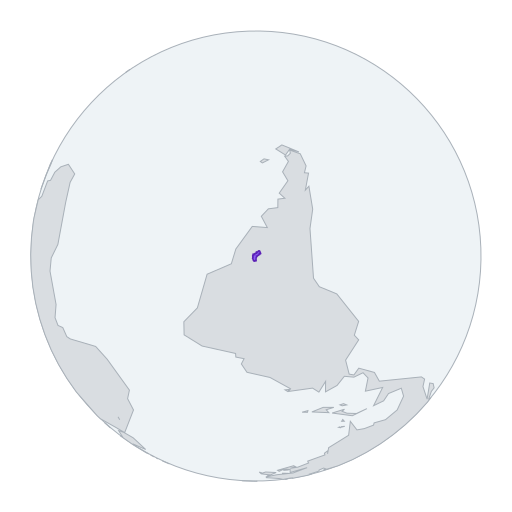 the Earth from above Misiones, rotated 178°
{"feature_id": "ARG-1312", "entity_name": "Misiones", "entity_type": "Province", "adm_level": 1, "iso_a3": "ARG", "parent_name": "Argentina", "parent_adm1": "", "projection": "orthographic", "projection_center": [-54.653, -26.821], "detail": "fine", "context": "on_globe", "style": "filled", "palette": "violet", "viewbox_px": 512, "rotation_deg": 178, "n_neighbors": 0, "source": "natural_earth", "source_scale": "10m", "svg_char_len": 5568}
<svg xmlns="http://www.w3.org/2000/svg" viewBox="0 0 512 512"><g transform="rotate(178 256 256)"><circle cx="256" cy="256" r="225" fill="#eef3f6" stroke="#a8b0b8"/><path d="M181.2,43.5L196.3,39.5L193.9,40.9L195.8,41.7L200.4,39.9L200.6,38.8L209.7,36.3L208.8,35.9L212.4,35.0L213.4,34.8L223.7,33.1L227.9,32.5L226.6,33.0L229.3,32.9L236.8,31.8L240.5,32.8L253.4,34.1L253.5,34.9L242.5,36.7L226.7,37.8L212.3,42.7L229.4,38.5L229.4,41.5L232.7,41.9L237.2,41.4L240.3,40.0L241.9,41.1L225.7,45.1L223.9,44.1L229.1,42.6L221.6,43.5L210.7,47.3L211.5,49.2L194.1,54.8L194.5,56.5L190.9,59.0L191.4,55.8L190.1,61.9L169.7,73.6L167.5,87.5L161.2,78.7L153.8,79.7L144.4,82.9L143.8,85.1L132.3,87.9L120.3,97.2L113.4,110.8L115.4,118.8L128.4,113.9L133.5,106.8L143.7,102.3L134.0,120.2L151.4,117.1L148.3,130.2L153.1,135.6L162.4,131.5L171.9,132.7L179.5,123.8L191.3,117.8L190.8,128.3L197.9,117.8L204.1,122.0L228.1,119.5L226.1,122.1L246.2,134.1L269.1,140.1L274.4,148.6L271.5,153.8L279.7,155.7L279.8,159.3L313.0,167.9L330.6,179.7L330.4,192.8L316.4,206.2L305.5,239.5L280.9,249.1L275.9,263.7L258.7,285.7L243.7,284.0L249.3,295.5L242.0,302.7L232.5,303.6L232.1,312.1L225.1,312.7L230.6,318.0L221.5,330.1L226.5,339.2L220.3,349.4L223.9,354.8L220.8,354.9L218.1,357.5L218.6,360.7L208.2,356.6L202.8,344.3L204.7,337.5L200.6,337.0L204.4,320.1L200.7,323.9L197.7,300.8L201.1,281.6L199.3,231.8L193.8,223.1L176.6,215.3L155.7,187.1L160.5,173.4L156.3,168.6L170.1,148.8L167.0,134.7L162.3,133.7L157.2,140.3L141.7,135.5L137.1,126.6L94.9,129.4L91.8,127.1L93.7,119.7L90.0,107.0L86.8,123.0L83.4,122.3L82.6,118.0L85.5,114.6L88.3,107.2L86.7,107.7L89.9,103.8L101.0,92.5L112.8,82.1L125.4,72.5L138.5,63.8L152.3,56.0L166.5,49.2L181.2,43.5ZM165.3,93.0L185.4,96.4L172.9,99.8L175.4,97.8L170.6,95.7L161.1,95.1L150.5,99.6L165.3,93.0ZM176.7,82.5L173.2,82.7L176.8,81.9L176.7,82.5ZM226.3,366.1L209.4,358.5L218.6,361.6L223.0,355.9L232.5,362.3L226.3,366.1ZM240.1,351.7L246.4,348.8L248.4,350.3L244.6,352.8L240.1,351.7ZM398.1,81.2L395.2,79.1L399.4,86.3L394.2,84.3L385.1,78.6L373.0,66.5L385.8,72.6L381.7,69.3L370.0,61.9L374.9,64.7L371.8,62.7L372.4,63.1L385.5,71.7L398.1,81.2ZM477.4,297.8L476.4,302.5L471.7,319.8L468.0,323.1L461.6,338.3L458.7,338.8L454.1,346.8L448.0,351.9L440.3,354.2L434.3,344.3L439.2,336.1L444.3,316.4L453.6,274.5L460.7,261.2L462.4,248.1L457.5,214.5L459.0,201.4L456.3,193.5L451.6,191.2L447.9,182.0L444.5,179.6L419.4,171.2L408.4,158.1L387.2,126.4L389.3,117.9L383.8,106.4L393.4,84.1L402.1,89.6L417.2,98.8L420.3,101.9L425.7,108.5L440.4,126.5L449.3,140.3L457.2,154.6L464.0,169.4L469.7,184.8L474.3,200.5L477.8,216.4L480.1,232.6L481.2,249.0L481.1,265.3L479.8,281.6L477.4,297.8ZM397.9,97.1L399.5,100.1L397.9,97.1ZM228.9,119.4L231.7,121.2L227.8,121.5L228.9,119.4ZM170.6,104.0L175.1,103.3L177.3,104.3L173.7,105.4L170.6,104.0ZM210.0,98.0L215.4,98.3L209.5,99.7L210.0,98.0ZM188.7,96.9L205.6,98.2L194.1,102.4L183.5,102.0L191.2,99.9L188.7,96.9ZM173.5,87.8L176.2,87.8L175.0,89.6L173.5,87.8ZM179.4,81.9L178.3,82.3L177.2,81.3L179.4,81.9ZM230.4,41.3L231.7,41.0L236.1,40.8L233.6,41.5L230.4,41.3ZM258.3,38.1L260.3,40.0L257.1,38.8L254.0,39.8L243.4,38.9L253.0,35.3L250.6,36.9L258.3,38.1ZM232.0,37.6L237.6,38.0L231.1,37.7L232.0,37.6ZM356.8,54.5L353.9,53.3L349.8,51.2L350.0,51.3L356.8,54.5ZM368.3,60.7L364.7,58.8L365.4,59.1L368.3,60.7ZM362.7,57.6L361.3,56.8L361.2,56.8L362.7,57.6ZM233.6,31.8L234.8,31.7L232.3,32.0L233.6,31.8ZM277.2,31.7L278.0,32.0L268.2,31.2L262.5,30.8L277.2,31.7ZM408.6,90.3L413.4,94.9L411.7,93.3L407.4,89.2L408.1,89.8L408.6,90.3ZM380.0,444.0L375.4,447.0L377.5,445.6L380.0,444.0ZM458.4,354.9L456.0,359.5L457.8,354.9L462.8,344.5L468.7,330.1L458.4,354.9Z" fill="#d9dde1" stroke="#a8b0b8" stroke-width="1"/><path d="M256.2,251.4L256.2,251.2L256.3,251.1L256.5,251.2L256.6,251.3L256.7,251.5L256.8,251.5L256.8,251.4L256.9,251.2L257.0,251.1L257.3,251.0L257.5,251.1L257.6,250.9L257.8,250.9L257.9,251.0L258.0,251.2L258.3,251.1L258.4,251.3L258.5,251.4L258.7,251.6L258.7,251.8L258.8,251.8L258.9,252.0L258.9,252.3L258.9,252.5L259.0,252.8L259.2,253.0L259.2,253.3L259.4,253.5L259.5,253.6L259.5,253.8L259.3,254.1L259.3,254.3L259.3,254.6L259.3,254.8L259.2,254.8L259.3,255.0L259.3,254.9L259.2,255.0L259.2,255.4L259.2,255.5L259.2,255.8L259.3,256.0L259.3,256.3L259.3,256.5L259.1,256.8L259.0,257.0L258.9,257.1L258.9,257.3L258.7,257.2L258.6,257.3L258.4,257.3L258.4,257.5L258.3,257.4L258.2,257.5L258.0,257.8L257.8,257.8L257.7,257.8L257.7,257.7L257.5,258.0L257.4,258.2L257.4,258.3L257.2,258.4L257.0,258.5L257.0,258.4L256.9,258.3L256.7,258.3L256.7,258.5L256.4,258.6L256.2,258.5L256.0,258.8L256.0,258.7L255.9,258.7L255.9,258.8L255.7,258.9L255.4,258.8L255.4,259.0L255.2,259.1L255.2,259.3L255.1,259.5L254.8,259.8L254.7,259.8L254.6,259.7L254.5,259.8L254.7,260.0L254.4,260.0L254.2,260.1L253.9,260.3L253.7,260.3L253.6,260.5L253.4,260.7L253.3,260.9L253.3,261.0L253.2,261.0L253.1,260.9L253.0,261.0L252.9,261.1L252.7,261.1L252.3,261.0L252.2,260.9L252.1,260.7L251.9,260.4L251.9,260.1L251.8,259.8L251.8,259.7L251.2,258.5L251.2,258.4L251.3,258.1L251.5,258.0L251.8,258.3L252.2,258.5L252.3,258.4L252.4,258.2L252.5,258.1L252.8,257.9L252.7,257.8L252.8,257.7L252.7,257.4L252.8,257.4L252.9,257.2L253.0,257.1L253.2,256.9L253.3,256.7L253.5,256.6L253.8,256.5L254.0,256.5L254.3,256.5L254.4,256.4L254.3,256.2L254.6,255.9L254.8,255.9L255.0,255.8L255.0,255.7L255.1,255.4L255.4,255.3L255.5,255.4L255.5,255.2L255.5,254.9L255.6,254.7L255.8,254.5L255.9,254.4L255.9,254.2L256.0,254.0L256.0,253.8L256.0,253.7L256.0,253.4L256.0,253.1L256.0,252.9L256.0,252.7L256.1,252.3L256.2,252.2L256.1,251.9L256.0,251.5L256.0,251.4L256.2,251.4Z" fill="#8b5cf6" stroke="#5b21b6" stroke-width="1.5"/></g></svg>